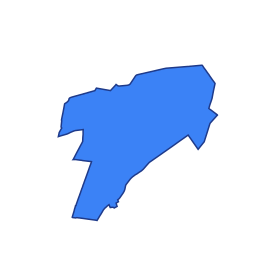 outline of Baloži, Kekavas, Latvia, rotated 145°
{"feature_id": "27541924B31221481282292", "entity_name": "Baloži", "entity_type": "district", "adm_level": 2, "iso_a3": "LVA", "parent_name": "Latvia", "parent_adm1": "Kekavas", "projection": "equal_earth", "projection_center": [24.137, 56.87], "detail": "fine", "context": "isolated", "style": "filled", "palette": "blue", "viewbox_px": 256, "rotation_deg": 145, "n_neighbors": 0, "source": "geoboundaries", "source_scale": "gbopen_adm2", "svg_char_len": 2730}
<svg xmlns="http://www.w3.org/2000/svg" viewBox="0 0 256 256"><g transform="rotate(145 128 128)"><path d="M47.6,87.2L47.8,87.9L47.4,87.9L47.7,88.9L50.6,97.6L49.4,98.6L48.1,99.7L46.7,100.7L43.8,102.8L42.0,104.2L40.9,105.3L40.4,105.8L36.5,109.6L31.2,114.5L31.1,115.6L31.2,118.7L31.2,121.6L31.2,123.9L31.1,125.7L31.2,126.5L31.2,132.1L31.3,132.6L31.3,132.8L31.2,136.6L31.4,137.0L31.9,137.3L41.0,142.5L41.3,142.7L42.6,143.4L43.0,143.6L43.7,144.1L53.1,149.6L62.5,155.1L65.0,156.2L88.9,165.9L90.6,166.5L91.7,166.4L93.1,165.9L94.3,165.4L101.0,162.8L102.6,162.8L104.1,163.4L111.3,167.5L112.1,168.4L112.8,170.5L113.4,170.3L120.9,168.7L131.0,178.8L131.5,178.6L133.7,177.6L134.0,177.7L156.2,185.5L158.0,186.0L158.7,186.0L159.3,185.9L160.6,184.8L161.2,184.5L162.1,184.3L163.6,184.1L165.8,184.2L166.1,184.1L172.1,178.2L175.2,175.3L178.0,172.6L178.1,172.0L182.1,167.4L182.3,167.1L182.3,166.0L186.9,163.8L190.0,160.9L187.7,160.2L181.3,158.0L179.8,157.7L177.6,157.4L174.0,156.6L172.6,156.1L165.6,152.4L166.8,150.9L168.3,148.7L170.3,146.3L172.6,143.3L172.9,143.0L172.9,142.9L184.7,136.9L190.8,133.7L191.1,133.6L189.0,132.2L187.4,130.7L184.4,128.0L183.9,127.4L180.1,124.0L177.5,121.7L177.2,121.4L178.2,120.6L180.0,119.3L180.8,118.8L183.3,117.0L184.4,116.2L185.1,115.7L189.2,112.8L189.8,112.4L190.5,111.9L192.0,110.8L192.4,110.6L194.2,109.3L195.6,108.3L196.1,107.9L196.9,107.4L197.5,107.0L198.3,106.4L199.7,105.3L200.3,105.0L200.9,104.6L201.9,103.8L202.3,103.6L203.2,102.9L203.5,102.7L204.4,102.0L205.2,101.5L205.3,101.4L205.5,101.3L205.7,101.2L206.1,100.8L206.5,100.5L207.0,100.2L207.9,99.6L208.6,99.1L209.3,98.6L210.1,98.0L210.3,97.9L210.7,97.6L211.4,97.1L212.2,96.5L213.5,95.6L213.8,95.4L215.1,94.3L215.5,94.5L215.6,94.4L216.1,94.0L216.9,93.3L218.0,92.5L218.7,91.9L219.1,91.5L219.6,91.1L219.8,90.9L224.9,86.9L224.8,86.5L224.5,86.2L222.7,84.6L222.4,84.3L221.4,84.0L220.0,82.7L219.5,82.3L216.9,79.9L212.5,75.8L207.3,71.0L206.4,70.0L205.7,70.3L200.8,72.5L200.6,72.6L200.4,72.6L198.4,73.5L197.5,73.9L195.2,75.0L193.0,75.6L191.7,75.7L190.4,75.9L190.0,76.0L187.5,76.1L187.7,75.1L187.9,74.6L188.0,73.9L188.2,73.1L187.6,72.7L186.9,72.4L186.5,72.2L186.2,72.0L185.3,71.1L185.2,70.4L181.9,70.0L181.4,71.6L181.3,72.0L181.2,72.1L180.8,73.3L178.1,73.1L177.7,74.6L177.6,75.1L177.2,75.1L175.8,75.2L174.2,75.7L169.1,77.6L167.1,78.6L165.5,79.8L164.9,80.4L163.1,82.1L162.2,82.7L155.7,84.8L154.4,85.1L152.3,85.4L151.7,85.4L148.6,85.5L147.2,85.3L144.1,85.3L141.6,85.2L139.0,85.5L134.6,86.6L132.5,87.1L130.3,87.6L103.1,87.6L102.3,87.6L92.8,87.7L82.8,87.7L82.8,74.2L82.8,73.7L82.8,70.5L82.8,70.3L80.4,71.0L75.6,72.4L73.5,73.0L65.4,79.2L62.7,81.3L61.0,82.6L58.4,84.6L57.7,84.9L56.4,85.2L48.7,87.0L47.6,87.2Z" fill="#3b82f6" stroke="#1e3a8a" stroke-width="1.5"/></g></svg>